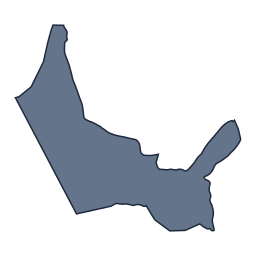 the district of Boguis/Desa Blond, Dauphin, Saint Lucia
{"feature_id": "8701671B42677537488502", "entity_name": "Boguis/Desa Blond", "entity_type": "district", "adm_level": 2, "iso_a3": "LCA", "parent_name": "Saint Lucia", "parent_adm1": "Dauphin", "projection": "robinson", "projection_center": [-60.924, 14.012], "detail": "fine", "context": "isolated", "style": "filled", "palette": "slate", "viewbox_px": 256, "rotation_deg": 0, "n_neighbors": 0, "source": "geoboundaries", "source_scale": "gbopen_adm2", "svg_char_len": 5757}
<svg xmlns="http://www.w3.org/2000/svg" viewBox="0 0 256 256"><path d="M63.4,25.3L53.0,25.1L50.8,31.3L47.6,43.2L43.5,61.7L31.1,86.9L18.9,96.8L15.4,97.7L76.5,213.9L111.0,206.2L115.6,203.6L115.9,203.6L116.7,203.5L116.9,203.5L117.7,203.6L118.4,203.7L118.7,203.7L119.2,203.8L119.8,203.9L120.3,204.0L120.8,204.0L121.6,204.1L123.2,204.1L123.7,204.1L124.2,204.0L125.0,204.0L125.9,204.0L126.2,204.0L126.8,204.1L127.9,204.3L128.1,204.3L128.6,204.4L128.9,204.4L129.4,204.5L129.9,204.6L130.9,204.8L131.4,204.9L131.9,205.1L132.4,205.2L132.9,205.3L133.2,205.4L133.4,205.4L133.9,205.4L134.2,205.3L134.4,205.3L134.6,205.2L135.1,205.0L135.9,204.7L136.6,204.6L137.0,204.5L137.3,204.5L137.6,204.5L138.1,204.5L138.6,204.5L138.9,204.6L139.5,204.7L140.7,205.0L141.3,205.2L141.5,205.3L142.2,205.6L142.6,205.8L143.0,206.0L143.3,206.1L143.5,206.2L143.8,206.2L144.0,206.3L144.4,206.3L144.7,206.3L144.9,206.2L145.2,206.2L145.6,206.1L146.1,206.0L146.3,205.9L151.9,215.2L154.8,219.8L169.8,230.9L185.2,230.4L199.7,223.9L204.0,227.2L204.5,227.4L204.8,227.5L205.4,227.8L205.7,228.0L206.3,228.4L206.5,228.5L207.0,228.7L207.3,228.8L207.6,228.9L207.9,228.9L208.2,228.8L208.7,228.7L209.0,228.7L209.5,228.7L209.7,228.8L209.9,228.9L210.1,229.0L210.3,229.2L210.5,229.3L210.6,229.5L210.8,229.7L210.9,229.9L211.1,230.1L211.3,230.2L211.5,230.4L211.8,230.5L212.0,230.6L212.5,230.7L213.3,230.7L213.6,230.6L213.8,230.5L214.1,230.3L213.9,228.3L212.9,224.1L212.4,221.8L212.3,219.7L212.7,217.8L213.2,215.4L213.4,213.0L213.1,209.9L212.2,206.6L211.8,204.8L210.6,202.8L210.0,201.0L209.9,199.6L210.1,198.8L210.4,197.9L210.6,197.0L210.8,195.5L210.3,193.6L209.5,191.7L209.1,190.0L209.3,187.8L209.5,186.1L209.9,184.6L210.1,183.2L209.8,182.3L208.9,181.2L208.1,180.7L206.7,180.0L205.9,179.6L205.2,179.2L205.0,178.9L204.7,178.5L204.2,177.8L204.1,177.5L204.1,177.1L204.3,176.7L205.3,176.2L207.0,175.7L209.4,174.1L211.3,172.1L213.2,169.1L214.5,166.1L215.7,164.1L217.9,162.7L220.4,161.4L223.8,159.0L225.5,157.7L227.6,156.2L231.0,152.5L234.0,149.6L236.7,146.3L238.9,143.0L240.4,140.3L240.6,138.9L240.5,138.5L238.3,129.1L234.5,120.3L233.6,121.6L232.2,120.6L231.4,120.7L228.8,121.7L228.4,121.9L227.5,122.4L226.6,122.9L225.1,124.0L224.4,124.7L223.4,125.5L221.4,127.4L220.0,129.1L219.2,130.1L218.7,130.7L218.3,131.2L216.9,133.0L216.2,133.7L215.7,134.3L214.6,135.6L213.8,136.7L212.5,138.0L212.1,138.6L211.9,138.8L211.7,139.0L210.4,140.5L208.7,142.5L207.9,143.5L207.1,144.7L206.8,145.1L205.8,146.3L204.4,148.6L204.1,149.0L203.3,150.5L202.4,152.0L201.9,153.2L201.7,153.4L201.3,154.0L200.3,154.8L200.1,154.9L197.9,157.3L197.4,157.9L197.1,158.4L196.5,159.2L195.8,160.3L195.0,161.6L194.4,162.4L193.8,163.2L192.7,164.6L189.8,167.8L189.5,168.1L188.7,169.1L187.4,170.1L186.5,170.6L185.8,171.0L184.5,170.7L182.8,169.9L182.2,169.6L180.3,169.2L177.6,169.4L177.4,169.5L176.3,170.0L170.3,169.2L168.0,169.8L164.6,169.6L159.5,169.2L157.6,167.4L156.1,162.6L158.4,154.3L157.1,154.5L156.3,154.6L155.5,154.9L155.3,154.9L155.0,154.9L154.8,155.0L154.5,155.0L153.2,155.2L152.3,155.3L152.0,155.4L151.3,155.5L151.0,155.5L150.5,155.5L149.6,155.5L149.3,155.5L149.1,155.5L148.9,155.5L148.6,155.5L148.1,155.4L147.6,155.4L147.4,155.4L147.0,155.4L145.3,155.4L145.1,155.3L144.9,155.3L144.4,155.2L144.1,155.2L143.9,155.1L143.4,154.9L143.2,154.8L143.0,154.7L142.8,154.6L142.2,154.2L141.9,153.8L141.7,153.6L141.4,153.2L141.1,152.7L140.8,152.0L140.7,151.8L140.7,151.5L140.5,150.9L140.4,150.6L140.3,150.1L140.2,149.3L140.2,149.1L140.1,148.5L140.1,147.8L140.0,147.5L140.0,147.3L140.0,147.0L139.8,146.1L139.8,145.8L139.7,145.3L139.4,144.2L139.1,143.3L138.9,143.1L138.7,142.6L138.6,142.4L138.3,142.1L138.2,141.8L137.8,141.4L137.0,140.5L136.5,140.2L136.3,140.0L136.1,139.9L135.2,139.5L134.7,139.4L134.3,139.3L134.0,139.2L133.8,139.2L133.5,139.1L133.3,139.0L133.0,139.0L132.6,138.9L131.7,138.8L131.4,138.7L131.1,138.6L130.2,138.4L129.6,138.3L129.3,138.2L128.5,138.1L128.1,138.0L127.5,137.8L127.2,137.8L126.8,137.6L126.6,137.6L126.4,137.5L126.1,137.5L125.6,137.3L125.3,137.3L124.9,137.2L124.2,137.0L123.7,136.9L123.2,136.9L121.7,136.5L120.8,136.4L120.3,136.3L119.2,136.1L118.4,135.9L117.9,135.8L117.3,135.6L116.8,135.5L116.2,135.4L115.7,135.2L115.4,135.1L114.8,135.0L114.6,134.9L114.2,134.8L113.3,134.6L112.8,134.3L112.3,134.2L112.1,134.0L111.9,134.0L111.6,133.9L111.1,133.7L110.2,133.4L109.6,133.0L109.1,132.8L108.9,132.7L108.4,132.5L108.2,132.4L107.5,132.0L106.9,131.5L106.0,130.9L105.5,130.5L105.3,130.3L105.1,130.1L104.9,130.0L104.4,129.6L104.2,129.5L104.0,129.3L103.5,129.0L103.3,128.9L102.9,128.6L102.7,128.5L102.3,128.2L101.9,127.9L101.4,127.5L101.1,127.2L100.8,126.9L100.5,126.7L100.2,126.6L100.0,126.4L99.7,126.3L99.4,126.1L99.2,125.9L98.3,125.5L96.1,124.3L95.6,123.9L94.7,123.5L94.4,123.4L94.2,123.2L93.9,123.1L93.4,122.9L93.2,122.8L92.4,122.4L92.1,122.3L91.9,122.2L91.6,122.1L91.1,121.8L90.8,121.7L90.5,121.7L90.2,121.6L89.6,121.4L89.4,121.3L87.9,120.5L87.3,120.3L87.1,120.1L86.8,120.0L86.5,119.9L86.3,119.8L86.0,119.7L85.8,119.5L85.6,119.3L85.1,118.9L84.9,118.8L84.7,118.5L84.5,118.3L84.4,118.1L84.2,117.9L84.1,117.6L83.9,117.1L83.8,116.8L83.8,116.5L83.7,116.2L83.7,115.9L83.6,115.6L83.6,115.3L83.5,114.9L83.5,114.6L83.4,113.4L83.3,112.3L83.0,109.7L82.6,107.0L82.1,104.4L81.3,102.1L80.6,100.2L79.7,98.1L79.0,96.0L78.1,93.4L77.1,90.6L76.1,87.9L75.3,85.7L74.8,84.4L73.3,80.9L73.0,80.1L72.8,79.4L72.2,77.1L72.0,76.1L71.7,74.7L71.4,73.4L71.1,72.4L70.7,70.8L70.4,69.8L69.9,68.1L69.7,67.3L69.6,66.7L68.8,64.2L68.2,62.6L67.7,61.3L66.6,58.2L66.2,57.3L65.7,55.9L64.9,53.9L64.6,52.3L64.5,51.2L64.5,49.6L64.5,47.5L64.6,45.9L64.6,44.5L64.7,43.2L64.8,42.4L67.3,39.8L67.1,38.9L66.8,37.5L66.7,36.8L66.8,35.5L67.0,33.6L67.0,32.3L66.8,31.2L66.2,30.1L65.6,29.3L64.3,27.3L63.8,26.3L63.5,25.6L63.3,25.5L63.4,25.3Z" fill="#64748b" stroke="#1e293b" stroke-width="1.5"/></svg>